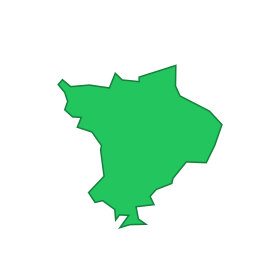 Estill, Kentucky, United States of America (orthographic projection), rotated 223°
{"feature_id": "52423323B66349402640259", "entity_name": "Estill", "entity_type": "district", "adm_level": 2, "iso_a3": "USA", "parent_name": "United States of America", "parent_adm1": "Kentucky", "projection": "orthographic", "projection_center": [-83.956, 37.698], "detail": "fine", "context": "isolated", "style": "filled", "palette": "green", "viewbox_px": 256, "rotation_deg": 223, "n_neighbors": 0, "source": "geoboundaries", "source_scale": "gbopen_adm2", "svg_char_len": 669}
<svg xmlns="http://www.w3.org/2000/svg" viewBox="0 0 256 256"><g transform="rotate(223 128 128)"><path d="M65.9,49.6L60.9,58.4L49.3,69.8L58.3,68.5L68.4,75.9L56.7,89.7L65.2,93.0L65.5,102.2L58.2,117.3L60.8,121.9L62.2,143.0L47.1,156.0L52.8,174.6L61.6,194.5L79.8,195.9L111.8,186.9L121.9,191.1L135.7,206.4L154.6,172.8L151.5,169.5L164.9,159.2L174.6,159.3L168.9,144.6L185.5,133.1L198.1,119.2L208.9,118.6L208.7,112.2L198.4,110.8L190.2,106.2L186.7,98.2L176.2,98.3L169.4,103.9L165.6,94.0L151.6,100.5L135.3,97.0L133.1,93.3L112.6,76.4L112.8,53.9L101.3,51.1L97.1,57.5L82.1,59.4L74.3,52.3L75.0,58.5L67.9,64.7L65.9,49.6Z" fill="#22c55e" stroke="#15803d" stroke-width="1.5"/></g></svg>